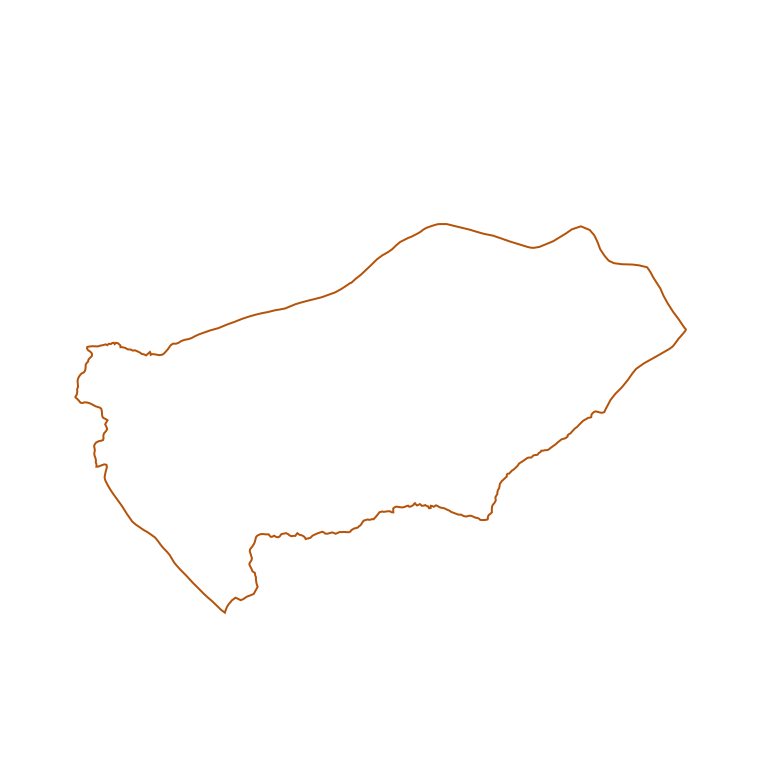 Kampong Trabaek, Prey Vêng, Cambodia (Natural Earth projection), rotated 63°
{"feature_id": "14789045B10100754303768", "entity_name": "Kampong Trabaek", "entity_type": "district", "adm_level": 2, "iso_a3": "KHM", "parent_name": "Cambodia", "parent_adm1": "Prey Vêng", "projection": "natural_earth1", "projection_center": [105.549, 11.105], "detail": "fine", "context": "isolated", "style": "outline", "palette": "amber", "viewbox_px": 768, "rotation_deg": 63, "n_neighbors": 0, "source": "geoboundaries", "source_scale": "gbopen_adm2", "svg_char_len": 6150}
<svg xmlns="http://www.w3.org/2000/svg" viewBox="0 0 768 768"><g transform="rotate(63 384 384)"><path d="M270.0,255.5L268.6,258.2L266.1,263.2L265.4,266.5L264.8,270.0L264.1,275.5L264.3,279.1L265.0,282.4L265.2,286.2L265.2,292.8L264.8,296.1L264.8,305.3L266.0,310.3L267.6,315.4L268.3,320.4L268.6,327.0L269.7,333.6L272.3,341.9L276.1,354.8L277.5,361.8L279.0,367.2L278.7,368.6L279.1,371.1L280.0,379.3L280.2,386.0L279.3,392.9L278.5,399.6L276.9,406.8L275.3,413.7L273.7,421.1L272.7,426.7L271.8,437.8L270.5,442.4L268.9,447.3L267.2,454.7L265.6,460.1L264.0,466.7L262.7,473.2L261.5,481.1L260.7,489.5L259.7,497.5L259.0,506.4L257.3,514.7L255.8,526.0L255.6,530.2L255.7,534.7L255.2,538.1L254.1,541.6L253.7,544.8L254.0,548.2L253.7,551.0L252.3,553.6L252.6,556.4L255.1,561.2L256.9,566.0L257.2,568.5L256.2,571.2L253.7,574.5L252.1,577.0L252.1,578.6L250.4,578.0L249.2,578.0L250.5,583.0L248.5,584.5L247.4,586.1L245.7,586.9L243.7,588.3L240.9,590.6L240.2,592.7L238.4,593.9L236.9,596.5L234.2,598.3L232.9,600.0L232.0,600.9L231.6,602.1L229.9,601.4L227.0,602.5L225.6,604.1L226.2,605.9L224.5,606.1L224.1,607.6L224.4,609.1L223.2,611.0L223.8,612.9L222.3,614.1L221.7,617.3L220.9,619.6L220.8,621.3L220.0,623.0L218.2,626.2L217.0,629.0L216.3,631.6L217.6,632.5L219.3,632.4L221.0,631.5L223.0,630.6L224.3,630.5L225.7,631.0L226.5,631.8L227.7,635.5L228.4,636.5L229.8,637.7L230.4,639.6L231.4,641.0L234.8,643.0L236.4,644.3L237.4,646.1L237.3,648.4L237.7,649.8L238.3,651.2L238.9,652.3L240.1,653.9L242.0,655.6L247.7,657.9L248.7,659.2L249.7,660.0L251.3,660.6L253.8,662.4L255.4,664.9L256.8,664.7L258.2,664.0L260.1,663.5L262.9,662.9L264.0,661.4L264.4,659.1L265.6,657.1L267.5,655.0L269.8,653.2L272.7,651.3L276.3,647.7L277.9,647.2L280.5,647.9L283.0,649.0L285.1,649.7L286.8,649.5L289.0,647.8L290.8,646.8L291.9,648.6L293.3,650.7L295.8,650.8L298.5,651.1L299.7,652.9L300.9,655.9L302.4,657.4L304.9,658.5L306.4,659.7L306.2,661.4L305.4,664.4L305.5,667.2L306.6,669.4L307.9,670.6L309.9,671.1L311.9,671.8L314.0,673.5L316.3,674.4L319.3,674.8L321.4,675.4L323.0,676.4L324.7,676.6L326.3,677.2L327.1,677.8L327.8,676.3L328.1,674.0L328.2,672.7L328.6,669.7L330.0,668.0L331.8,668.4L333.6,669.8L336.1,672.1L339.7,674.9L341.0,675.6L343.7,676.1L348.8,676.1L353.7,675.8L358.9,675.2L368.4,673.7L373.6,672.9L383.4,672.0L392.0,670.8L393.5,670.3L396.7,668.9L405.2,664.3L408.6,662.0L412.9,659.7L416.8,657.7L421.3,656.7L425.9,656.0L430.3,655.0L435.1,653.5L439.2,652.6L448.1,652.0L451.5,651.2L456.1,650.0L464.9,647.2L474.9,644.4L479.0,643.0L489.1,639.8L494.5,637.8L499.8,635.6L511.5,631.6L515.5,629.6L513.9,628.0L511.3,625.1L509.7,622.4L507.7,617.6L507.0,613.3L509.0,611.7L511.5,609.9L511.8,607.3L511.2,602.7L511.6,599.5L511.9,595.4L507.4,588.7L504.1,588.2L500.1,586.9L498.0,585.8L496.2,585.7L493.9,584.8L491.2,586.2L488.7,586.0L484.3,586.0L482.9,585.5L481.0,582.3L479.4,580.8L472.0,579.5L470.6,578.5L469.5,576.4L469.1,575.2L468.2,573.8L467.4,572.3L465.6,570.4L464.0,569.0L463.0,568.2L462.0,567.0L461.5,564.9L461.8,562.1L462.6,560.2L464.6,557.1L465.5,555.1L467.4,554.7L468.8,554.2L469.4,552.8L469.2,550.8L471.3,549.5L472.5,548.0L472.5,546.5L471.9,544.9L471.3,544.2L471.3,542.9L472.5,538.9L474.7,537.3L475.7,537.1L477.5,535.7L478.4,533.2L479.1,531.9L478.4,530.8L477.6,528.9L478.8,528.4L480.2,527.6L481.3,526.1L483.1,524.8L485.0,524.1L486.6,524.2L486.8,522.7L487.3,521.2L487.6,519.2L486.7,516.6L486.8,511.8L487.6,506.1L488.9,505.0L490.6,504.3L491.8,502.2L492.3,499.2L492.8,497.4L494.1,496.2L495.5,495.1L495.7,492.0L495.8,490.3L496.5,489.5L497.3,487.5L498.2,485.9L499.1,484.5L500.1,482.5L500.2,480.9L499.3,479.2L499.3,478.2L499.2,476.1L499.7,474.3L500.0,472.3L499.4,470.9L499.3,469.5L498.7,468.0L497.6,466.3L496.5,464.1L496.9,461.9L497.2,460.4L497.7,459.5L498.4,458.8L499.1,455.7L499.8,454.7L498.2,450.5L497.2,448.4L496.2,446.3L496.5,444.7L496.8,443.4L497.7,442.5L498.4,440.6L498.9,439.0L499.7,437.2L500.3,436.2L501.6,435.6L502.6,434.0L499.1,432.3L498.7,430.6L498.7,429.3L499.2,428.1L500.4,426.6L502.3,423.7L502.9,421.6L502.9,420.4L503.1,418.8L503.4,417.7L504.8,417.3L505.3,415.8L505.2,412.7L504.5,411.7L504.3,410.5L505.6,410.3L507.2,409.7L507.3,408.0L507.3,406.5L509.7,405.6L510.5,403.5L510.6,402.2L512.5,401.1L513.2,400.1L515.1,400.3L515.7,398.8L513.8,397.5L514.8,396.3L516.0,395.4L515.7,392.8L516.8,391.8L518.5,390.8L519.8,389.7L522.2,386.6L523.4,385.8L526.6,383.2L528.6,382.1L534.2,377.0L534.9,375.7L535.3,374.7L537.5,373.2L538.2,372.5L539.3,371.2L540.3,367.3L541.1,366.1L542.7,364.7L544.2,363.6L545.6,361.9L546.5,360.9L547.6,360.3L548.8,359.9L550.0,357.9L551.2,355.3L551.7,353.2L551.0,352.5L549.8,352.0L548.3,350.2L547.9,347.8L547.3,346.1L545.7,345.4L544.0,344.5L542.2,343.3L541.2,342.1L540.7,341.1L540.4,340.1L539.3,338.4L538.5,337.3L535.4,336.1L533.4,332.9L532.2,332.3L531.5,331.7L530.5,331.0L529.0,328.6L525.7,326.2L523.9,323.1L523.7,322.0L523.1,320.0L522.2,316.6L520.9,316.0L520.1,314.8L520.6,312.9L519.3,309.6L519.1,307.4L518.0,303.4L517.2,301.5L516.2,299.8L516.0,298.5L515.9,296.8L515.7,294.7L515.2,291.5L515.0,289.8L515.3,288.2L516.3,286.5L516.2,285.5L515.5,283.5L515.8,281.8L516.4,280.5L516.7,279.2L515.8,277.7L515.6,275.2L514.8,274.1L515.7,272.3L516.0,270.8L516.7,269.4L517.1,268.0L517.0,266.4L516.5,264.3L515.6,258.1L515.1,256.6L513.9,250.9L514.7,246.9L514.2,244.3L513.2,243.8L512.7,242.3L512.6,240.1L511.9,238.5L510.3,234.2L509.9,231.3L509.0,229.0L507.3,223.7L507.0,221.6L507.1,220.1L506.8,217.7L507.4,215.9L507.6,214.4L506.2,213.5L505.2,212.7L504.3,210.0L504.4,208.0L505.6,206.5L506.8,205.2L507.6,204.3L508.6,202.9L509.1,200.5L507.6,198.7L501.1,189.5L497.8,182.4L495.0,173.7L491.1,164.9L487.3,157.8L484.9,152.3L483.6,143.0L483.0,127.5L482.3,113.7L481.6,109.6L479.4,104.9L477.3,100.9L476.4,98.4L473.6,91.6L472.4,90.2L470.6,90.7L466.4,91.3L459.8,92.1L451.1,93.6L441.1,94.6L432.4,94.9L424.2,94.4L411.8,95.7L405.4,95.8L401.1,96.3L399.5,96.6L398.1,98.1L395.9,100.8L394.4,102.4L391.1,107.3L390.3,108.5L385.2,117.8L380.7,124.3L376.1,127.8L370.4,129.2L362.2,130.2L354.4,129.3L347.0,129.1L340.1,130.8L332.9,137.0L331.5,146.3L332.5,153.9L333.6,168.6L332.4,183.3L330.7,188.7L329.2,191.3L327.1,193.8L314.6,206.7L301.4,219.4L295.5,226.9L288.6,234.3L285.8,237.1L270.0,255.5Z" fill="none" stroke="#b45309" stroke-width="2"/></g></svg>